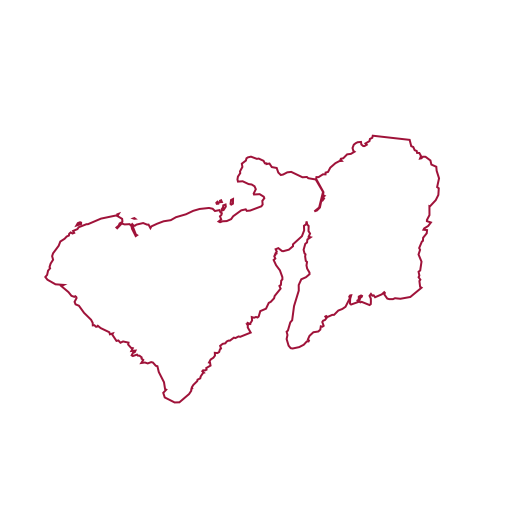 the district of Tol, Chuuk, Federated States of Micronesia, rotated 66°
{"feature_id": "79324940B54997452530027", "entity_name": "Tol", "entity_type": "district", "adm_level": 2, "iso_a3": "FSM", "parent_name": "Federated States of Micronesia", "parent_adm1": "Chuuk", "projection": "natural_earth1", "projection_center": [151.62, 7.349], "detail": "fine", "context": "isolated", "style": "outline", "palette": "rose", "viewbox_px": 512, "rotation_deg": 66, "n_neighbors": 0, "source": "geoboundaries", "source_scale": "gbopen_adm2", "svg_char_len": 6138}
<svg xmlns="http://www.w3.org/2000/svg" viewBox="0 0 512 512"><g transform="rotate(66 256 256)"><path d="M193.6,100.4L195.3,101.7L195.4,104.3L197.2,105.6L197.7,110.2L199.4,109.6L199.7,112.2L199.2,113.3L197.0,114.4L194.5,113.7L193.4,116.9L193.5,119.0L194.1,121.4L196.6,123.9L199.6,124.3L200.8,123.6L201.3,127.8L200.2,131.4L202.2,136.5L201.7,138.9L202.3,139.6L204.0,139.0L203.2,141.2L203.5,145.7L205.5,152.2L208.5,156.0L208.1,158.5L209.7,159.3L208.6,161.6L209.4,166.8L208.5,168.7L210.0,169.7L225.1,168.4L227.7,170.0L228.9,169.0L229.3,171.0L231.1,170.4L232.0,172.0L231.2,171.9L231.6,173.5L237.7,177.9L239.2,181.8L239.0,184.5L237.4,178.6L224.7,168.7L210.4,170.3L206.2,176.6L204.5,177.4L203.0,181.5L193.5,189.6L192.3,193.4L192.6,198.1L192.1,200.4L188.8,201.7L184.0,201.3L181.2,205.4L177.0,206.1L176.3,209.0L175.6,208.8L174.9,210.2L172.1,210.4L168.1,213.9L167.6,215.7L163.2,220.2L162.6,223.3L162.9,225.0L164.7,226.4L165.9,231.4L169.1,232.2L172.2,236.2L173.9,236.7L176.1,240.2L178.5,241.8L180.7,242.2L182.3,237.8L187.3,233.5L188.9,230.9L191.7,229.0L194.9,229.0L198.0,232.7L199.0,232.8L201.0,227.5L205.0,224.8L206.6,224.9L208.2,227.8L211.7,229.0L212.8,230.9L212.1,242.9L211.0,246.1L209.2,246.4L208.3,250.9L210.4,260.7L212.2,263.7L212.2,268.5L210.7,272.4L210.5,275.1L209.3,276.1L208.4,272.9L205.1,272.8L204.4,270.9L203.0,269.8L201.7,270.7L199.2,270.8L198.2,275.2L195.2,276.4L193.0,279.4L190.1,288.4L189.2,295.0L189.4,303.0L188.0,313.3L188.6,319.3L186.7,326.3L186.3,333.2L186.4,339.5L187.6,341.1L183.6,341.4L183.1,342.7L180.0,345.7L178.7,352.4L179.1,354.5L177.9,355.8L178.5,356.5L181.3,356.7L187.4,357.0L188.6,356.2L188.9,357.8L180.7,358.2L178.1,357.6L175.5,358.5L173.7,363.2L171.7,365.5L174.2,371.5L173.2,371.9L172.4,369.1L170.8,367.3L170.5,364.3L169.9,363.9L167.6,363.2L162.9,366.5L162.0,367.6L158.8,382.4L158.6,396.5L158.0,398.0L157.6,406.3L158.8,408.2L158.7,412.9L160.9,412.7L160.8,414.5L159.1,415.7L159.7,417.6L161.2,418.6L161.2,421.0L162.4,423.8L163.2,428.9L166.4,432.1L171.0,440.3L173.2,442.3L176.9,442.9L179.4,446.7L182.1,449.1L183.5,449.1L184.8,451.9L188.3,454.5L189.5,457.0L192.8,456.2L200.3,450.7L204.2,443.4L204.3,446.1L212.7,442.0L217.3,440.8L219.4,438.6L219.2,437.5L220.3,436.9L221.4,437.0L224.1,440.4L226.8,440.5L229.4,438.0L238.0,436.2L247.2,432.6L250.7,432.4L253.0,433.3L253.5,431.8L255.5,431.0L255.9,430.1L255.4,428.9L258.7,427.2L266.0,421.0L268.1,421.3L268.5,418.3L269.3,419.3L276.8,418.0L277.2,416.1L280.1,415.1L280.0,412.2L283.3,407.7L284.9,408.8L289.1,407.5L290.1,406.1L292.1,408.5L293.4,404.6L294.5,405.9L294.5,407.9L296.2,410.0L297.3,409.2L297.7,404.8L298.9,404.5L299.7,403.0L302.1,401.7L303.2,402.3L305.1,401.3L307.1,404.3L308.1,400.8L310.1,398.6L310.3,394.9L311.4,393.5L315.5,392.2L316.6,390.9L322.4,392.0L333.9,391.4L340.6,393.2L341.6,392.4L343.3,396.4L348.1,396.9L356.7,389.9L358.5,385.5L354.9,373.3L352.8,370.0L351.2,369.2L351.0,368.1L349.9,368.1L348.2,365.5L346.4,360.6L345.2,359.7L345.1,356.7L343.5,355.5L341.3,351.9L341.4,351.1L339.4,351.9L338.9,350.8L339.8,349.0L339.7,347.4L338.1,347.0L337.6,342.1L334.8,341.4L334.2,342.2L332.1,339.5L331.6,336.3L330.3,334.0L327.7,333.0L329.0,330.7L328.7,328.7L326.6,326.9L326.3,325.6L323.5,325.3L322.7,322.2L323.3,319.5L322.2,317.6L322.1,315.5L322.7,314.3L321.6,309.4L322.6,308.2L322.4,304.7L323.4,303.3L323.8,292.0L317.9,292.6L316.1,291.7L314.7,291.9L315.2,290.5L314.1,291.3L313.7,290.9L315.6,289.1L313.3,285.8L310.1,284.7L311.6,282.9L311.7,280.8L312.8,279.6L312.4,278.2L308.1,274.5L308.2,268.3L304.0,263.4L303.9,261.2L302.0,256.7L300.1,255.2L295.8,246.8L292.9,246.8L292.5,245.0L288.8,243.0L288.1,241.4L286.0,240.5L278.8,240.0L272.6,241.4L266.8,241.5L266.2,239.4L263.6,239.4L263.0,238.1L262.2,238.0L262.1,236.4L261.2,236.6L260.6,235.3L257.8,235.3L257.9,232.4L262.1,230.2L262.7,229.1L263.6,223.4L262.1,218.2L260.4,217.5L256.6,206.0L252.2,201.6L247.9,199.9L247.5,197.5L245.0,195.7L248.1,196.4L250.0,195.7L254.6,197.9L257.5,197.5L259.8,200.1L261.1,198.5L261.8,202.3L264.4,203.9L264.9,206.0L269.7,210.0L273.3,210.6L274.6,210.1L276.4,211.3L280.7,212.5L282.2,211.8L285.1,213.7L288.3,214.4L292.9,213.9L294.4,214.5L295.7,219.0L295.7,224.1L299.9,228.8L305.0,231.0L317.2,241.6L329.4,249.1L330.6,251.7L337.1,257.2L337.6,258.8L341.0,259.4L344.3,261.8L351.2,262.7L354.3,261.8L355.4,260.2L356.8,253.6L356.5,248.5L354.7,244.3L355.4,242.8L354.8,242.0L353.3,242.5L350.7,239.6L349.0,234.6L350.3,229.8L349.4,227.2L346.6,225.4L347.6,224.1L347.3,222.6L343.3,222.3L342.4,221.0L342.5,219.0L341.5,217.0L339.5,217.3L339.4,216.3L340.8,215.5L340.8,210.3L341.5,208.6L339.3,203.0L339.5,198.7L338.8,194.9L332.8,187.5L331.0,187.3L330.3,186.0L330.6,185.0L333.4,187.4L337.7,189.5L339.0,188.9L339.6,181.3L337.9,181.4L337.7,179.9L334.9,178.6L334.8,176.1L335.6,175.4L336.2,175.9L336.8,178.0L339.7,180.3L340.8,179.5L340.9,178.1L347.0,172.2L346.6,170.7L344.2,169.5L341.5,168.4L338.6,168.5L337.4,166.4L339.6,165.9L339.8,164.5L342.1,164.0L342.2,156.7L341.2,153.6L342.1,153.3L343.3,154.4L348.3,153.4L349.6,151.8L351.1,148.4L351.1,146.2L353.8,141.5L356.2,131.7L352.3,117.7L350.9,118.6L345.3,116.9L344.5,115.5L341.5,116.1L340.3,114.7L336.5,113.9L336.0,111.9L328.5,107.1L320.7,106.9L317.1,103.6L315.1,103.7L310.3,98.6L310.0,97.3L307.3,95.9L304.7,90.8L301.9,89.2L300.1,92.3L299.2,91.1L298.6,86.5L296.5,82.6L293.7,85.7L292.6,85.2L289.2,80.9L281.0,77.3L281.4,76.9L278.1,69.1L274.4,64.6L268.5,61.5L266.7,62.5L259.5,57.2L251.6,56.3L247.8,55.0L243.8,58.6L239.7,57.8L234.3,60.8L233.2,63.1L234.0,65.1L233.7,66.5L231.8,64.6L228.3,64.9L227.4,66.9L225.4,66.5L223.9,68.0L220.4,68.0L218.8,69.5L212.4,68.4L193.6,100.4ZM198.6,263.5L196.6,262.9L196.4,265.3L198.1,266.3L199.4,268.4L200.7,268.7L200.8,266.9L198.6,263.5ZM198.1,258.1L199.0,257.7L198.8,255.8L194.6,253.8L194.7,256.0L198.1,258.1ZM155.1,407.6L155.6,402.8L154.4,402.2L153.6,403.0L153.5,405.4L155.1,407.6ZM192.8,265.2L190.9,265.2L190.9,266.4L192.3,266.8L192.8,265.2ZM190.7,269.1L191.3,270.6L192.4,270.6L192.9,269.1L192.1,268.5L190.7,269.1ZM162.2,366.2L162.5,365.5L161.6,364.2L161.5,365.8L162.2,366.2ZM171.8,352.8L172.5,352.1L172.8,351.2L171.9,351.7L171.8,352.8ZM177.1,357.2L177.6,356.5L177.4,355.8L176.5,356.1L177.1,357.2Z" fill="none" stroke="#9f1239" stroke-width="2"/></g></svg>